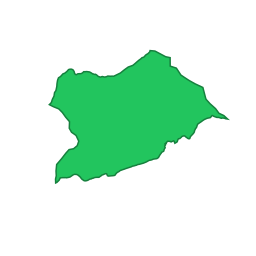 Mayo-Dallah, Mayo-Kebbi Ouest, Chad (Mercator projection), rotated 297°
{"feature_id": "50815135B58245995276010", "entity_name": "Mayo-Dallah", "entity_type": "district", "adm_level": 2, "iso_a3": "TCD", "parent_name": "Chad", "parent_adm1": "Mayo-Kebbi Ouest", "projection": "mercator", "projection_center": [14.882, 9.1], "detail": "fine", "context": "isolated", "style": "filled", "palette": "green", "viewbox_px": 256, "rotation_deg": 297, "n_neighbors": 0, "source": "geoboundaries", "source_scale": "gbopen_adm2", "svg_char_len": 4338}
<svg xmlns="http://www.w3.org/2000/svg" viewBox="0 0 256 256"><g transform="rotate(297 128 128)"><path d="M209.8,133.6L208.6,129.2L208.7,123.1L208.8,117.1L207.0,112.5L205.8,112.8L205.7,112.8L204.1,112.3L203.0,111.9L202.2,111.3L202.1,111.2L201.1,110.7L200.7,110.5L199.9,110.4L199.6,110.3L199.4,110.2L199.0,110.1L198.8,110.1L198.0,109.7L197.9,109.6L197.1,108.6L195.4,108.0L194.6,107.6L193.5,107.0L191.1,106.0L189.3,105.3L187.6,104.6L185.9,103.8L182.4,100.5L182.0,100.3L178.1,98.3L177.0,97.8L173.6,96.3L169.5,93.2L168.2,92.2L167.5,91.6L167.1,90.5L166.9,90.1L166.5,89.5L166.2,89.0L165.1,86.4L163.8,85.4L162.7,83.9L162.5,83.0L162.4,82.6L162.3,82.2L162.2,81.7L161.1,80.6L160.7,80.1L160.7,79.9L160.6,79.1L160.5,78.0L160.7,77.1L160.9,76.6L161.0,75.9L161.1,75.3L161.1,74.6L160.6,74.0L160.5,73.4L160.5,72.8L160.4,72.7L160.2,71.8L160.4,70.5L160.5,68.4L159.9,66.6L159.5,65.5L158.6,64.1L158.1,63.0L156.3,62.4L155.0,61.3L153.9,59.3L153.3,58.5L152.4,58.0L152.0,57.7L151.9,57.1L152.1,56.3L152.3,55.7L153.6,54.6L154.1,53.9L154.7,53.0L154.8,52.5L154.9,52.1L154.8,51.6L154.8,51.4L154.7,50.8L154.4,50.2L153.6,49.0L153.0,48.5L151.5,48.1L150.7,47.9L150.2,47.7L148.0,46.7L147.4,46.1L146.8,45.5L144.0,44.7L143.5,44.6L142.7,44.2L141.2,43.3L138.9,43.5L138.5,43.6L137.8,43.8L135.3,44.6L134.1,45.1L133.0,45.6L131.2,46.1L129.0,46.7L128.7,46.8L126.5,46.5L126.1,46.5L122.8,47.6L121.0,47.6L119.3,47.6L116.1,48.1L115.7,48.1L113.1,47.3L113.1,51.7L113.6,57.6L112.0,62.5L109.4,67.5L107.1,73.0L101.1,75.8L98.6,79.6L97.8,85.1L93.9,90.1L89.2,90.8L84.8,88.9L82.0,85.3L77.5,84.1L70.6,82.8L63.1,81.0L57.0,83.4L52.8,85.8L49.6,86.6L46.2,88.5L47.2,89.3L48.4,89.7L48.5,89.7L48.9,89.9L50.2,90.3L50.3,90.3L51.3,90.3L52.8,90.3L54.2,92.5L54.3,92.6L54.7,93.7L55.2,94.3L55.5,95.1L55.6,95.6L56.1,96.3L56.7,97.1L58.0,98.6L61.2,100.3L62.4,101.3L62.9,102.4L63.3,103.4L63.3,103.6L63.4,104.3L63.0,106.1L63.0,106.4L62.9,107.0L61.6,109.8L61.5,110.1L61.4,110.7L61.1,112.9L61.7,114.3L62.0,114.7L63.1,115.9L65.0,117.1L66.2,118.6L66.7,118.8L66.8,118.8L67.0,119.1L67.2,119.5L68.6,120.7L69.4,121.7L69.5,122.0L69.8,122.4L69.9,122.6L70.8,124.3L71.3,124.8L71.5,124.9L72.0,125.0L72.6,125.4L73.1,125.7L73.3,125.8L73.7,126.0L74.0,126.1L74.5,126.3L74.9,126.8L75.3,127.2L76.5,128.1L77.4,129.2L77.4,129.5L77.4,129.9L76.2,131.3L76.2,131.6L76.2,132.2L76.9,133.4L77.8,134.8L78.9,136.6L79.4,137.2L79.7,137.6L80.3,137.9L81.5,138.0L82.1,138.1L83.5,138.6L84.1,139.0L84.9,139.6L85.1,139.7L85.8,140.0L86.4,140.3L86.7,140.5L89.2,142.9L89.9,143.6L90.8,144.4L91.0,144.6L95.2,148.8L96.0,149.2L96.6,150.1L97.3,150.9L97.8,151.4L98.6,152.3L98.9,152.6L99.0,152.6L99.9,153.3L100.1,153.6L100.9,154.7L102.4,156.3L103.8,157.8L105.2,159.0L106.0,159.7L108.7,161.5L109.8,162.9L110.4,163.6L111.1,164.2L111.7,164.6L113.8,167.6L114.7,168.1L115.6,168.6L116.1,168.5L116.3,168.5L117.2,168.6L119.0,168.7L119.6,168.8L120.4,169.0L121.5,169.0L122.6,169.7L123.5,170.3L124.4,170.2L125.3,169.9L127.3,170.1L128.0,169.2L128.3,169.2L128.6,169.0L128.8,168.9L129.8,169.1L130.1,168.8L130.1,168.7L130.6,168.2L131.0,168.6L131.4,169.1L131.6,168.8L131.7,168.7L132.0,168.6L132.6,168.9L132.9,169.0L133.9,169.2L134.2,169.4L134.3,169.5L134.9,171.0L135.0,171.3L135.2,171.6L135.1,172.3L135.2,172.8L135.6,173.0L136.1,173.5L136.4,173.7L136.9,174.2L137.6,174.8L137.8,174.9L137.7,174.9L136.7,175.6L136.3,175.9L136.1,176.2L135.9,176.5L135.7,176.7L137.7,178.0L139.0,178.0L140.3,177.7L141.4,177.9L142.0,178.9L144.3,179.8L144.6,179.8L145.0,179.9L146.4,181.4L146.5,181.7L146.7,182.1L146.5,182.7L146.3,183.4L146.0,185.5L145.9,186.3L145.9,186.5L146.1,187.3L146.6,187.8L147.0,187.8L148.0,187.6L148.8,187.6L149.2,187.7L153.0,188.8L153.5,188.8L154.6,188.9L155.6,188.6L155.9,188.5L156.3,188.5L156.7,188.5L157.4,188.5L157.5,188.5L158.0,188.4L158.8,188.6L159.3,188.8L160.0,188.7L160.3,188.7L161.8,188.4L162.7,188.4L163.2,188.4L163.6,188.6L166.0,189.9L166.1,190.0L167.7,190.8L168.7,191.3L170.1,192.1L171.0,192.8L172.6,194.1L174.2,196.1L174.7,196.7L177.2,197.2L177.5,197.6L177.5,197.9L177.4,198.5L177.4,199.2L177.5,200.5L177.8,202.5L178.5,203.7L178.6,204.3L178.8,205.0L179.0,206.7L179.9,207.8L180.4,209.3L180.5,209.4L180.5,209.7L180.5,210.5L181.2,212.7L182.6,207.7L182.4,202.4L185.0,197.2L186.9,190.0L189.0,184.5L190.1,183.4L198.1,176.3L197.8,167.4L198.1,160.6L198.7,155.1L199.2,151.1L203.3,143.9L202.3,137.5L209.8,133.6Z" fill="#22c55e" stroke="#15803d" stroke-width="1.5"/></g></svg>